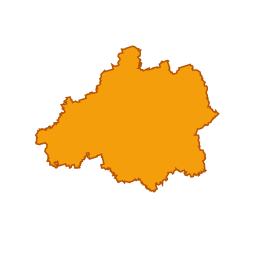 Lithgow, New South Wales, Australia, rotated 64°
{"feature_id": "25037944B76556859341208", "entity_name": "Lithgow", "entity_type": "district", "adm_level": 2, "iso_a3": "AUS", "parent_name": "Australia", "parent_adm1": "New South Wales", "projection": "orthographic", "projection_center": [150.218, -33.32], "detail": "fine", "context": "isolated", "style": "filled", "palette": "amber", "viewbox_px": 256, "rotation_deg": 64, "n_neighbors": 0, "source": "geoboundaries", "source_scale": "gbopen_adm2", "svg_char_len": 5781}
<svg xmlns="http://www.w3.org/2000/svg" viewBox="0 0 256 256"><g transform="rotate(64 128 128)"><path d="M74.8,166.4L73.8,170.1L74.8,169.7L75.4,170.4L76.1,173.8L77.4,173.6L77.7,172.0L79.3,172.7L78.9,174.9L77.9,175.3L78.4,176.0L77.8,177.8L80.9,177.6L81.6,176.8L82.2,177.2L82.1,178.5L84.1,177.5L86.0,177.6L86.3,179.4L85.2,180.6L86.0,180.9L85.5,182.1L87.0,182.3L86.0,183.2L88.1,183.8L88.4,185.7L90.1,186.9L90.0,188.0L90.7,187.6L92.2,187.9L92.4,189.1L91.9,189.7L92.8,190.7L91.6,190.6L91.3,191.8L92.1,191.3L92.2,192.9L93.2,193.8L93.1,195.0L94.5,196.2L93.8,197.3L94.1,198.3L93.0,198.1L92.5,197.2L91.9,198.1L92.8,199.8L92.5,201.6L93.4,201.7L94.0,202.8L93.2,203.5L93.0,202.8L92.6,202.9L92.3,204.4L91.4,205.3L91.7,205.9L91.0,205.9L91.0,207.1L90.3,208.0L91.3,208.1L91.4,209.7L90.9,210.1L92.7,211.4L93.7,213.7L94.4,214.2L95.3,213.6L96.3,214.2L97.2,213.9L97.6,214.8L100.4,216.3L100.4,217.1L101.9,217.4L104.3,214.5L103.9,213.7L104.9,210.6L104.8,209.2L107.3,208.0L110.1,209.7L110.6,211.4L112.8,213.0L117.3,211.8L119.3,212.7L120.3,212.3L120.8,212.9L120.7,213.8L122.4,214.1L122.2,215.1L122.6,215.2L123.4,213.2L126.0,213.5L126.4,214.3L127.0,214.4L127.0,213.8L128.8,211.9L129.6,212.0L130.3,210.9L132.1,210.4L132.5,209.4L131.6,207.9L130.6,208.8L130.3,207.8L129.7,207.7L128.7,209.1L126.9,209.6L126.6,208.4L127.8,207.2L127.2,206.0L131.7,206.8L132.9,200.0L135.3,200.2L135.7,197.6L138.5,197.8L138.3,196.2L136.8,195.2L137.2,192.6L140.9,193.2L141.2,191.1L141.7,191.2L141.6,189.3L142.4,189.4L142.5,188.7L140.4,188.3L140.6,187.0L138.7,186.6L138.9,185.5L137.7,185.3L138.0,183.7L136.6,183.4L137.1,181.1L136.4,181.0L136.4,179.9L135.2,179.7L135.3,179.1L134.7,179.0L135.0,177.4L134.6,176.7L132.5,176.4L133.0,174.2L134.9,174.5L134.8,176.8L136.4,177.1L137.3,176.8L137.4,176.0L139.0,176.3L140.2,168.3L139.4,168.2L140.0,163.3L142.6,164.4L142.7,163.9L143.4,164.0L149.8,165.4L149.3,168.6L152.6,169.1L153.3,166.9L155.5,166.3L155.3,164.3L156.4,164.4L156.8,163.7L155.5,163.0L156.4,162.6L156.6,161.6L159.1,162.7L159.1,162.0L161.3,162.0L161.5,160.6L162.0,160.3L162.4,161.4L164.1,162.4L164.3,161.1L163.8,160.9L163.8,160.4L165.2,160.1L165.7,159.1L166.1,160.3L165.7,160.8L166.4,161.1L166.7,160.6L167.1,161.8L168.4,160.8L172.1,160.8L172.4,160.5L171.9,160.1L172.6,159.7L172.3,159.0L172.9,156.2L175.8,155.2L174.4,154.3L177.7,150.3L177.3,149.8L177.9,147.3L177.4,145.2L177.8,144.9L177.1,144.0L178.7,143.7L178.4,142.5L179.2,141.6L178.2,140.7L179.3,140.5L179.4,139.7L180.1,140.1L182.1,139.3L182.8,140.0L183.3,139.2L184.0,139.8L184.7,138.9L185.6,139.3L186.0,138.3L187.3,137.5L188.1,137.7L188.2,136.9L188.9,137.5L189.5,137.0L189.7,138.0L191.2,137.4L191.5,136.4L192.5,136.1L192.5,135.3L193.9,135.7L194.3,134.6L195.0,134.4L195.3,132.7L196.6,132.7L196.7,131.6L195.2,130.2L195.8,129.2L195.5,128.5L191.4,128.1L190.0,127.1L190.0,126.3L191.5,126.5L192.6,125.3L192.3,123.6L190.9,122.8L191.0,122.1L194.1,121.9L191.0,120.1L190.3,118.9L190.5,117.0L191.9,117.0L191.5,115.3L190.6,114.7L189.7,115.3L188.8,115.1L186.9,111.8L185.7,111.6L186.7,108.6L188.8,107.9L188.4,106.7L187.0,105.8L186.5,103.3L185.4,102.6L187.5,102.1L188.0,101.2L188.6,101.4L188.8,100.7L190.2,100.4L190.8,98.7L190.2,97.8L190.7,97.1L190.7,95.9L192.3,96.0L193.2,94.8L193.8,95.3L193.2,97.2L195.5,97.2L195.7,96.0L196.6,95.7L196.1,93.1L197.8,92.5L199.1,93.0L200.0,92.2L200.1,90.5L198.1,88.6L198.7,88.0L199.4,88.5L199.8,87.5L200.5,87.3L200.1,85.1L201.7,85.5L201.4,84.2L198.7,83.6L200.2,83.2L200.5,81.9L199.6,81.3L200.7,81.2L200.1,80.1L200.8,78.1L199.4,78.1L200.4,77.5L200.2,76.6L199.2,77.3L193.7,75.1L190.4,75.2L190.3,73.5L189.0,72.0L189.3,71.8L188.5,71.4L187.2,71.7L186.7,70.7L184.8,70.2L183.2,70.8L181.0,70.2L179.4,72.8L176.6,72.4L176.4,71.8L175.7,72.5L175.3,71.4L173.1,71.0L172.6,70.2L169.7,70.3L168.7,68.9L166.0,67.9L165.3,68.0L163.4,71.0L162.7,69.1L159.3,65.8L160.2,64.2L160.4,61.1L158.7,57.3L159.6,57.0L159.4,56.2L160.3,55.8L160.4,54.7L158.9,53.6L159.1,50.8L157.8,49.6L157.6,48.0L156.4,47.5L156.8,46.1L156.4,44.8L155.7,44.6L156.0,43.1L154.9,40.3L152.8,41.3L150.8,41.5L152.1,42.7L150.7,43.8L149.3,44.4L148.6,44.0L146.2,45.5L145.5,44.7L144.5,44.8L144.0,46.8L141.1,44.0L137.2,43.8L136.4,43.2L135.7,44.2L135.2,43.1L132.7,42.3L131.2,42.5L129.3,41.4L128.3,39.9L125.7,38.8L124.6,39.1L124.0,40.6L121.5,40.2L121.3,39.1L120.7,38.7L116.9,40.5L116.1,39.9L116.8,38.6L115.7,39.8L114.0,38.9L112.2,39.8L112.1,39.3L109.1,38.8L106.1,40.7L104.3,44.5L102.7,44.3L102.7,43.3L100.5,42.9L99.0,44.3L98.2,44.1L96.4,56.0L98.0,56.2L98.3,58.9L100.0,60.4L99.3,63.8L97.7,64.0L97.1,64.9L96.9,64.4L96.5,65.0L93.9,65.5L93.5,65.0L93.1,65.4L92.3,64.2L85.9,63.4L85.6,62.2L84.6,62.9L84.0,68.4L83.1,68.3L83.2,69.0L84.3,70.2L84.4,71.9L87.3,72.3L86.8,75.2L86.0,75.1L85.2,78.6L85.1,79.3L85.5,79.3L84.9,83.0L83.3,82.8L83.5,84.3L84.0,84.6L83.5,84.7L83.8,85.4L83.1,85.9L83.5,86.7L83.2,89.3L82.1,89.3L81.7,90.9L80.0,90.8L78.7,92.7L78.4,90.5L77.6,91.4L76.2,90.4L77.8,89.3L77.5,88.9L76.6,89.3L76.8,88.4L76.0,87.6L75.2,88.3L75.3,89.5L74.3,89.4L74.4,88.0L73.8,88.5L72.9,87.9L72.9,87.2L71.7,86.8L71.5,87.4L68.5,88.1L68.1,86.5L68.6,86.0L68.2,85.5L66.7,84.4L64.4,83.7L63.6,82.4L63.3,82.8L63.8,83.9L63.0,84.8L61.6,83.6L61.1,84.7L57.6,86.7L56.5,88.2L55.5,95.3L55.9,96.4L54.3,99.2L58.1,99.7L57.3,103.1L57.7,104.3L59.2,105.5L62.4,104.9L63.1,105.2L64.9,108.5L67.3,108.5L67.2,111.5L66.3,113.4L63.9,114.6L68.7,115.4L67.2,124.0L66.2,123.8L68.0,128.8L70.1,129.5L71.2,130.5L71.3,131.6L73.1,131.9L73.5,131.4L74.6,133.4L75.9,133.1L76.9,134.7L76.4,137.1L77.1,138.3L77.9,138.5L77.9,137.8L78.8,137.8L79.4,138.0L79.5,138.6L78.8,138.7L79.1,139.7L80.7,140.1L81.9,139.6L82.1,140.9L81.5,144.2L80.8,144.2L80.7,145.0L80.0,144.8L79.9,145.6L79.7,146.7L80.6,147.0L79.9,149.5L80.3,149.5L79.9,152.0L82.9,152.5L81.8,159.8L83.4,160.1L82.6,162.2L80.9,163.3L80.8,166.7L78.0,166.2L77.8,166.9L74.8,166.4Z" fill="#f59e0b" stroke="#b45309" stroke-width="1.5"/></g></svg>